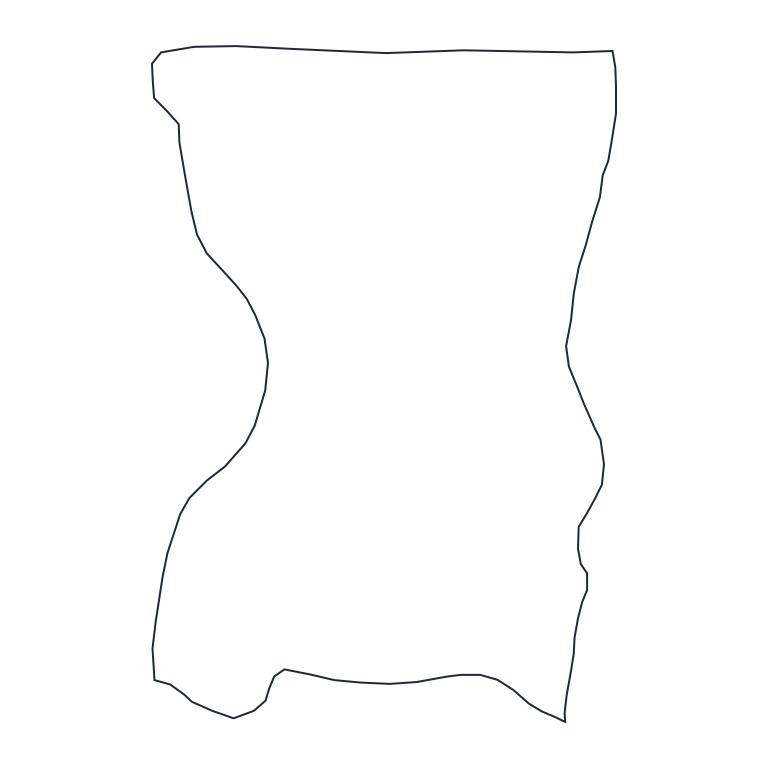 Lombo-Bouenguidi, Ogooué-Lolo, Gabon
{"feature_id": "22940354B47016566751071", "entity_name": "Lombo-Bouenguidi", "entity_type": "district", "adm_level": 2, "iso_a3": "GAB", "parent_name": "Gabon", "parent_adm1": "Ogooué-Lolo", "projection": "albers", "projection_center": [12.662, -1.615], "detail": "fine", "context": "isolated", "style": "outline", "palette": "slate", "viewbox_px": 768, "rotation_deg": 0, "n_neighbors": 0, "source": "geoboundaries", "source_scale": "gbopen_adm2", "svg_char_len": 1277}
<svg xmlns="http://www.w3.org/2000/svg" viewBox="0 0 768 768"><path d="M612.5,51.0L573.2,52.4L463.5,50.3L386.1,53.1L291.9,48.9L236.3,46.1L194.1,46.8L161.1,52.4L152.0,63.7L152.7,79.8L154.1,98.1L166.7,110.8L178.7,124.1L179.4,142.4L185.0,175.4L191.4,211.3L197.0,234.5L206.8,253.4L223.7,271.7L237.1,286.5L246.9,299.1L255.3,315.3L264.5,338.5L268.0,363.1L265.2,390.5L254.7,425.7L245.5,443.2L225.1,466.4L206.9,480.5L189.3,498.1L180.2,514.2L167.5,552.9L162.6,576.8L155.8,621.0L152.5,648.5L154.1,673.7L154.5,680.1L170.2,684.5L184.2,694.6L191.9,701.8L212.2,710.8L233.6,718.3L253.9,710.8L265.5,700.7L269.0,689.1L274.2,676.5L284.4,669.4L309.4,674.3L334.4,680.1L359.6,682.5L389.8,683.9L417.0,682.0L445.6,676.8L460.4,674.9L480.2,674.9L497.5,679.8L513.4,690.0L529.0,703.7L541.7,711.4L555.4,717.2L565.2,721.9L564.6,713.1L566.7,694.9L571.0,671.0L573.8,653.4L574.5,637.9L578.0,618.3L582.2,602.1L587.1,590.1L587.1,573.3L580.8,564.1L578.0,548.7L578.7,526.9L587.2,512.8L594.9,498.8L597.9,492.7L601.9,484.7L604.0,464.3L600.5,439.7L594.2,427.1L583.7,403.2L577.3,387.0L568.9,366.6L566.1,346.2L571.0,320.2L573.8,293.5L578.8,266.8L585.8,245.0L592.1,221.8L599.9,197.2L602.7,175.4L608.3,160.7L611.8,140.3L616.0,113.6L616.0,86.2L615.3,67.2L612.5,51.0Z" fill="none" stroke="#1e293b" stroke-width="2"/></svg>